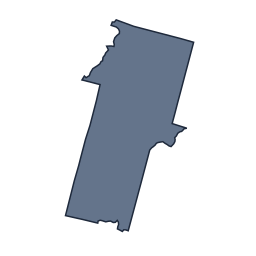 outline of São Felipe D'Oeste, Rondônia, Brazil, rotated 15°
{"feature_id": "56859067B20440072636343", "entity_name": "São Felipe D'Oeste", "entity_type": "district", "adm_level": 2, "iso_a3": "BRA", "parent_name": "Brazil", "parent_adm1": "Rondônia", "projection": "mercator", "projection_center": [-61.468, -11.916], "detail": "fine", "context": "isolated", "style": "filled", "palette": "slate", "viewbox_px": 256, "rotation_deg": 15, "n_neighbors": 0, "source": "geoboundaries", "source_scale": "gbopen_adm2", "svg_char_len": 1230}
<svg xmlns="http://www.w3.org/2000/svg" viewBox="0 0 256 256"><g transform="rotate(15 128 128)"><path d="M88.6,26.6L87.5,29.1L85.4,29.7L85.1,33.2L90.6,33.5L93.1,34.7L94.7,36.6L95.2,39.0L93.3,41.6L91.9,44.4L91.7,48.4L93.1,50.9L93.3,52.9L90.7,53.1L88.3,53.8L86.2,54.5L88.9,57.7L87.0,61.4L86.8,63.4L85.6,66.2L86.0,69.7L84.8,70.8L84.2,73.4L82.2,75.9L78.7,79.7L77.4,84.1L77.1,87.4L74.5,90.2L72.4,89.1L71.1,93.5L89.8,93.3L90.3,107.3L90.4,109.7L90.5,122.4L90.6,135.4L89.9,149.8L90.0,168.6L90.1,177.2L89.8,192.9L90.3,228.8L102.9,228.3L107.1,228.1L123.4,227.7L123.2,225.6L125.0,224.3L127.1,224.2L130.8,224.4L133.1,223.2L135.3,222.4L138.2,223.1L140.2,222.4L141.5,220.0L143.0,221.3L143.9,223.6L143.7,226.0L143.9,228.2L146.9,228.8L149.3,229.4L150.3,227.4L152.4,227.0L154.8,227.2L154.8,177.7L154.7,143.7L155.9,141.1L157.3,139.4L158.7,137.3L159.3,135.5L160.5,134.4L162.5,133.4L165.2,132.2L167.7,133.2L170.0,133.8L172.3,134.7L174.4,134.8L176.2,131.5L176.8,129.0L176.5,126.9L175.6,125.3L176.8,123.1L177.4,120.3L179.0,118.3L180.7,117.4L181.6,115.9L182.4,114.2L184.9,113.0L169.5,112.3L169.5,101.7L169.4,91.2L169.4,80.8L169.3,59.8L169.3,49.4L169.2,28.2L156.0,28.0L107.3,28.3L88.6,26.6Z" fill="#64748b" stroke="#1e293b" stroke-width="1.5"/></g></svg>